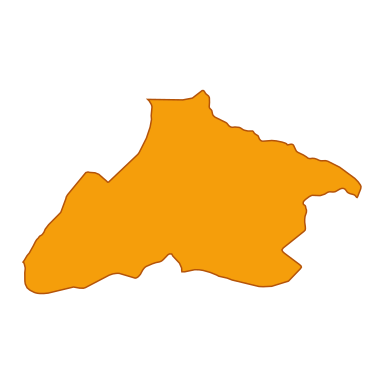 outline of Tandjilé
{"feature_id": "TCD-1487", "entity_name": "Tandjilé", "entity_type": "Prefecture", "adm_level": 1, "iso_a3": "TCD", "parent_name": "Chad", "parent_adm1": "", "projection": "albers", "projection_center": [16.631, 9.621], "detail": "fine", "context": "isolated", "style": "filled", "palette": "amber", "viewbox_px": 384, "rotation_deg": 0, "n_neighbors": 0, "source": "natural_earth", "source_scale": "10m", "svg_char_len": 3173}
<svg xmlns="http://www.w3.org/2000/svg" viewBox="0 0 384 384"><path d="M181.9,271.8L181.7,270.4L181.6,268.0L179.5,263.2L172.9,256.1L171.7,254.0L169.5,253.9L168.0,254.7L163.4,259.5L162.1,260.6L161.0,261.3L159.4,261.9L155.9,262.6L152.3,263.8L146.3,266.4L145.1,267.2L144.0,268.3L142.6,270.2L140.4,274.3L138.4,276.6L137.1,277.5L136.0,278.0L135.1,278.1L119.3,273.4L117.9,273.3L116.1,273.4L112.8,273.9L109.1,275.2L85.4,287.6L83.5,288.2L79.6,288.1L73.5,287.0L48.1,293.1L44.0,293.5L39.7,293.5L37.7,293.3L35.8,292.9L34.3,292.4L31.1,290.8L29.7,290.0L27.1,287.8L25.3,284.0L24.9,281.2L24.8,272.8L25.2,269.1L25.2,267.7L24.3,264.0L24.0,263.2L23.7,262.6L23.2,262.4L23.0,262.2L23.1,261.9L24.2,260.5L26.9,255.9L28.1,254.4L29.2,253.2L33.3,245.9L33.6,245.3L35.5,241.5L36.8,239.5L38.1,238.3L39.3,236.6L39.9,236.0L41.6,235.1L42.6,234.1L44.0,232.1L45.2,229.2L48.7,224.6L60.3,212.9L60.8,212.2L61.1,211.6L65.8,198.9L66.3,196.9L67.6,194.7L85.8,172.6L88.0,172.0L89.6,172.4L95.0,172.8L98.8,174.3L106.7,181.2L107.6,182.2L108.6,182.1L137.9,154.3L139.2,152.5L146.4,138.2L150.1,127.2L151.5,119.5L151.2,115.7L152.0,106.9L151.6,105.2L151.3,104.4L149.2,100.9L147.7,99.4L182.8,99.9L192.4,98.1L202.1,90.6L203.1,90.5L203.8,90.8L204.3,91.4L204.7,92.0L205.1,92.7L205.6,93.4L206.1,94.0L207.9,95.5L208.5,96.0L208.9,96.7L209.3,97.5L209.4,98.4L209.5,102.5L209.2,106.7L209.4,107.6L209.7,108.3L211.4,110.0L211.8,110.7L212.6,114.3L212.9,115.0L213.4,115.6L213.9,116.2L215.1,117.2L225.8,122.5L226.8,123.2L227.5,124.0L228.1,124.8L228.8,125.7L230.4,126.8L231.5,127.2L232.5,127.3L235.0,127.0L239.2,127.4L240.6,128.0L243.3,129.8L244.7,130.3L247.9,131.0L252.6,131.0L253.1,131.4L253.5,131.9L254.3,133.2L255.5,134.2L257.6,135.5L258.2,136.0L259.4,139.0L260.6,140.4L261.7,141.0L262.8,141.2L270.8,140.6L271.7,140.5L276.3,140.9L282.1,142.1L284.9,143.0L286.6,143.8L286.9,144.5L287.6,144.9L288.3,144.8L290.2,144.3L291.5,144.2L292.4,144.4L293.1,144.8L293.6,145.4L295.7,149.9L296.1,150.6L296.5,151.3L297.8,152.3L303.4,155.0L306.4,156.9L307.9,158.1L309.1,158.5L310.1,158.6L312.5,158.3L314.6,158.5L316.8,159.2L319.1,160.3L320.5,160.7L321.7,160.8L324.1,160.7L325.8,160.7L326.9,161.0L327.9,161.3L339.6,167.2L354.8,178.4L358.2,181.9L360.5,185.2L361.0,186.7L360.7,188.8L357.6,196.7L357.1,197.5L356.6,197.3L355.2,195.6L354.6,195.1L353.8,194.7L352.2,194.2L350.9,193.9L349.4,193.4L347.9,192.6L347.3,192.1L346.8,191.5L345.9,190.2L345.4,189.7L344.9,189.1L344.1,188.7L343.3,188.4L342.3,188.4L341.4,188.5L339.8,189.1L335.8,191.4L335.4,191.6L334.7,191.8L333.0,192.0L330.0,191.8L329.0,191.9L328.0,192.2L327.0,192.7L324.8,194.1L320.6,195.5L319.6,195.6L312.2,195.3L310.8,195.8L309.0,196.8L305.7,199.3L304.3,200.6L303.4,201.8L303.2,202.7L303.2,203.6L303.5,204.4L304.8,205.4L305.3,205.9L305.6,206.7L305.9,208.6L306.3,209.3L306.5,210.5L306.4,212.3L305.0,216.5L304.7,219.4L304.7,222.2L305.3,226.6L305.4,228.6L305.2,230.0L303.9,231.4L283.3,247.9L281.9,249.9L282.7,251.6L284.4,253.2L299.3,264.4L300.9,265.8L301.4,267.1L300.5,268.6L288.5,281.1L271.7,286.3L263.1,286.7L259.0,286.5L232.1,280.0L227.2,278.1L218.8,276.2L216.6,275.0L210.2,272.4L203.1,270.4L199.2,269.8L194.7,269.7L184.7,271.8L181.9,271.8Z" fill="#f59e0b" stroke="#b45309" stroke-width="1.5"/></svg>